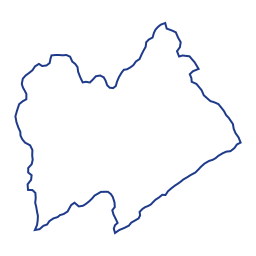 Cambuquira, Minas Gerais, Brazil
{"feature_id": "56859067B90091255319070", "entity_name": "Cambuquira", "entity_type": "district", "adm_level": 2, "iso_a3": "BRA", "parent_name": "Brazil", "parent_adm1": "Minas Gerais", "projection": "natural_earth1", "projection_center": [-45.262, -21.856], "detail": "fine", "context": "isolated", "style": "outline", "palette": "blue", "viewbox_px": 256, "rotation_deg": 0, "n_neighbors": 0, "source": "geoboundaries", "source_scale": "gbopen_adm2", "svg_char_len": 2350}
<svg xmlns="http://www.w3.org/2000/svg" viewBox="0 0 256 256"><path d="M240.6,142.6L238.6,137.5L235.5,133.1L233.7,128.8L232.9,124.0L230.7,120.8L228.6,117.7L226.1,115.1L224.0,111.1L221.2,107.5L218.4,104.1L214.1,102.2L210.4,101.1L207.3,98.4L203.8,95.3L201.6,90.2L199.4,87.5L196.4,83.9L191.7,81.8L191.4,78.2L189.8,74.2L193.0,71.2L198.6,68.9L196.6,65.6L194.6,62.2L192.0,59.3L189.5,56.3L185.8,55.9L182.6,55.5L179.1,56.5L177.0,51.2L179.9,47.2L180.7,42.2L178.1,37.7L175.8,32.3L171.7,30.4L166.7,28.6L165.2,23.0L160.7,24.7L157.9,27.0L155.6,29.5L154.0,32.6L152.6,37.5L148.7,39.6L146.2,42.3L145.7,46.7L143.3,51.0L141.2,55.3L139.6,59.0L135.9,61.5L133.4,65.1L130.5,67.3L127.0,69.3L123.8,69.8L121.7,72.5L119.0,77.0L117.1,81.4L115.8,86.0L113.1,88.1L109.7,87.7L107.2,85.3L105.5,80.5L103.7,77.3L100.1,75.5L95.8,76.3L93.1,79.3L89.9,82.5L85.9,81.8L82.7,82.4L81.1,79.1L79.6,75.7L78.1,71.7L77.5,67.1L75.2,63.9L72.3,61.6L70.1,56.7L66.4,55.0L62.6,55.3L59.1,55.0L55.7,55.0L51.5,55.4L50.5,58.7L49.6,63.1L46.4,65.5L42.1,66.0L38.9,63.9L35.0,66.4L32.5,70.2L29.3,72.8L25.6,75.5L22.8,78.7L21.8,83.9L22.9,87.5L24.6,90.5L26.4,94.0L26.3,99.3L22.8,101.2L19.2,104.1L17.0,110.7L15.4,116.4L16.5,122.3L18.4,127.7L20.3,131.8L20.5,135.6L22.2,139.2L25.0,142.6L30.1,145.3L32.4,150.0L32.2,155.4L32.7,159.8L31.7,164.2L28.2,168.0L28.2,172.5L31.6,175.2L31.1,179.8L27.6,184.3L28.0,189.9L32.5,190.1L35.4,193.0L35.7,198.0L35.2,202.8L36.2,206.8L37.1,212.1L37.9,215.9L37.7,220.1L37.1,224.8L34.9,230.0L39.5,229.2L43.4,225.8L47.1,224.5L49.4,221.1L53.4,218.4L57.6,217.1L60.0,215.1L63.7,214.0L67.6,211.5L69.2,208.5L71.2,205.0L74.5,202.7L78.8,206.4L82.9,205.8L85.9,203.9L89.1,201.4L92.4,198.2L94.5,195.6L97.3,194.0L100.9,191.9L104.6,191.8L107.9,191.8L110.8,194.0L112.8,197.0L114.5,202.4L114.8,207.1L112.3,210.2L113.5,214.5L115.8,219.1L117.6,222.9L115.0,225.2L113.8,228.5L115.0,233.0L119.3,230.0L124.4,227.9L128.9,225.6L131.3,222.6L135.0,220.5L138.6,218.4L140.1,215.4L139.6,211.9L142.4,209.0L145.2,207.1L148.1,206.0L150.8,204.5L153.0,202.2L155.4,199.8L158.8,197.6L162.3,194.8L165.5,195.0L167.9,191.3L171.6,188.1L174.9,185.6L178.0,183.6L180.5,181.8L183.3,179.5L187.1,177.3L190.7,175.0L195.4,172.5L198.6,169.3L201.0,166.7L204.5,163.6L209.1,160.9L212.7,159.8L215.7,158.1L218.4,155.8L222.6,153.3L226.4,151.6L230.4,151.2L234.3,148.2L237.0,144.4L240.6,142.6Z" fill="none" stroke="#1e3a8a" stroke-width="2"/></svg>